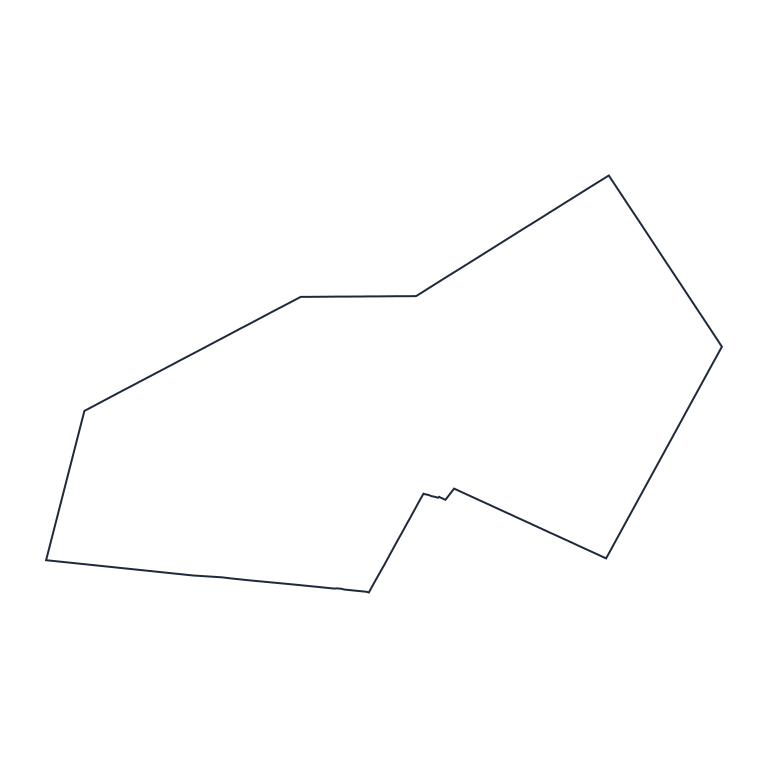 the district of Den Helder, Noord-Holland, Netherlands
{"feature_id": "6326949B80665930632751", "entity_name": "Den Helder", "entity_type": "district", "adm_level": 2, "iso_a3": "NLD", "parent_name": "Netherlands", "parent_adm1": "Noord-Holland", "projection": "robinson", "projection_center": [4.789, 52.95], "detail": "fine", "context": "isolated", "style": "outline", "palette": "slate", "viewbox_px": 768, "rotation_deg": 0, "n_neighbors": 0, "source": "geoboundaries", "source_scale": "gbopen_adm2", "svg_char_len": 2980}
<svg xmlns="http://www.w3.org/2000/svg" viewBox="0 0 768 768"><path d="M368.8,592.5L369.1,592.0L369.4,591.5L375.3,580.7L377.1,577.6L377.2,577.3L378.1,575.8L379.2,573.8L380.3,571.9L381.3,570.1L382.5,568.0L383.2,566.8L383.9,565.5L384.5,564.6L385.1,563.4L385.3,563.0L395.0,545.2L398.5,538.8L401.7,533.2L404.3,528.4L406.9,523.6L407.0,523.4L407.1,523.2L409.5,519.1L412.7,513.2L415.0,509.0L418.5,502.5L422.8,494.9L423.5,493.7L423.9,493.9L424.1,493.9L424.8,494.2L425.2,494.3L425.4,494.3L425.5,494.4L426.0,494.4L426.3,494.5L426.6,494.5L426.9,494.6L427.4,494.6L427.8,494.8L428.2,494.9L428.6,495.0L428.8,495.1L429.1,495.2L429.7,495.4L430.2,495.6L430.5,495.8L430.8,495.9L431.1,496.0L431.4,496.1L431.6,496.2L431.8,496.2L432.1,496.3L432.5,496.4L433.1,496.4L433.5,496.5L433.8,496.6L434.5,496.8L435.2,496.9L435.7,497.0L436.0,497.1L436.3,497.2L436.6,497.3L437.0,497.5L437.4,497.6L437.6,497.7L437.8,497.7L438.0,497.7L438.3,497.6L438.7,497.2L438.9,496.9L439.0,496.8L440.5,497.6L442.2,498.3L443.8,499.1L445.4,499.8L445.6,499.6L446.8,498.1L446.9,497.9L447.0,497.8L447.0,497.7L447.7,496.9L447.8,496.8L448.9,495.3L449.0,495.2L450.0,493.9L450.3,493.4L450.5,493.3L452.0,491.3L454.1,488.6L465.8,494.0L482.2,501.5L501.8,510.5L507.5,513.1L511.3,514.8L514.8,516.5L529.3,523.1L536.0,526.2L546.4,531.0L564.1,539.1L572.7,543.0L576.9,545.0L585.6,549.0L606.1,558.4L611.6,548.4L613.2,545.4L679.1,424.9L686.0,412.2L714.7,359.8L721.9,346.7L713.7,334.2L706.5,323.3L697.9,310.3L689.1,297.0L687.5,294.6L681.6,285.6L672.3,271.6L664.4,259.7L655.0,245.4L646.5,232.5L637.8,219.3L629.0,206.1L620.1,192.6L608.8,175.5L602.7,179.3L595.6,183.7L588.0,188.4L580.1,193.4L573.2,197.7L566.0,202.2L557.6,207.5L556.8,208.0L549.7,212.4L541.7,217.5L533.5,222.6L525.7,227.4L521.4,230.1L517.1,232.8L507.4,238.9L498.8,244.3L488.1,251.0L480.0,256.1L472.2,261.0L464.7,265.7L456.0,271.1L448.9,275.5L441.7,280.0L433.6,285.1L426.1,289.8L425.9,290.0L416.6,295.8L416.0,296.1L408.5,296.2L397.0,296.2L386.5,296.3L378.1,296.4L368.6,296.4L362.4,296.5L358.1,296.5L347.1,296.6L337.1,296.6L327.7,296.7L316.1,296.8L304.6,296.9L300.7,296.9L296.5,299.1L288.7,303.2L281.8,306.8L274.3,310.7L266.9,314.6L257.7,319.5L250.0,323.6L240.5,328.5L230.4,333.9L221.9,338.4L213.5,342.8L205.4,347.1L195.9,352.1L187.9,356.3L178.0,361.5L169.5,366.0L160.6,370.7L151.3,375.6L142.5,380.2L134.4,384.5L125.4,389.2L117.4,393.4L109.7,397.5L101.0,402.1L92.6,406.6L84.4,410.9L46.1,560.2L193.3,575.5L221.8,577.3L223.5,577.5L230.9,578.4L242.5,579.6L242.8,579.6L243.0,579.7L246.1,580.0L255.3,580.9L268.2,582.1L292.5,584.4L319.8,587.1L320.6,587.2L320.9,587.2L321.1,587.2L321.7,587.3L322.4,587.4L323.7,587.5L333.4,588.5L333.9,588.5L334.7,588.5L334.9,588.5L335.4,588.5L336.2,588.4L336.7,588.4L337.3,588.4L337.7,588.4L339.1,588.6L339.5,588.6L341.5,588.8L342.2,589.0L342.8,589.1L343.3,589.3L343.7,589.4L343.9,589.4L344.3,589.5L344.6,589.6L345.9,589.7L349.8,590.1L366.7,591.8L366.8,591.9L367.0,591.9L367.3,592.0L368.1,592.3L368.8,592.5Z" fill="none" stroke="#1e293b" stroke-width="2"/></svg>